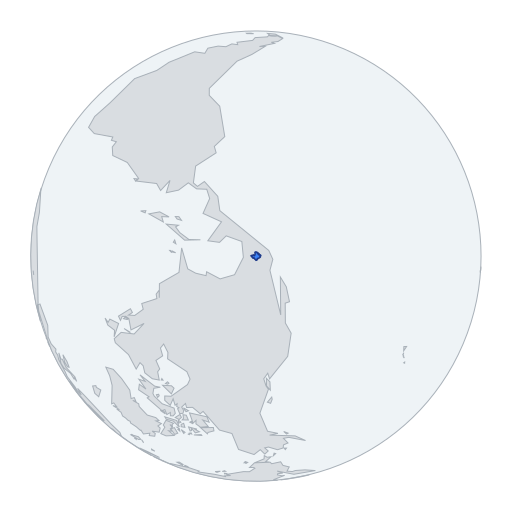 Guanajuato highlighted on a globe, orthographic projection, rotated 203°
{"feature_id": "MEX-2728", "entity_name": "Guanajuato", "entity_type": "State", "adm_level": 1, "iso_a3": "MEX", "parent_name": "Mexico", "parent_adm1": "", "projection": "orthographic", "projection_center": [-100.934, 20.889], "detail": "fine", "context": "on_globe", "style": "filled", "palette": "blue", "viewbox_px": 512, "rotation_deg": 203, "n_neighbors": 0, "source": "natural_earth", "source_scale": "10m", "svg_char_len": 10693}
<svg xmlns="http://www.w3.org/2000/svg" viewBox="0 0 512 512"><g transform="rotate(203 256 256)"><circle cx="256" cy="256" r="225" fill="#eef3f6" stroke="#a8b0b8"/><path d="M43.4,328.9L44.0,330.5L43.4,328.9ZM342.2,298.8L337.1,297.2L332.6,304.4L314.5,296.0L307.0,283.6L246.4,266.1L239.2,259.5L237.6,248.3L210.2,211.4L225.4,246.2L216.1,239.5L207.3,227.0L210.7,224.0L202.8,205.8L193.5,198.7L187.6,176.0L195.5,148.2L199.4,152.7L200.9,146.0L196.0,140.3L192.5,138.2L191.0,112.8L176.9,99.2L166.5,101.3L173.5,96.4L149.7,105.7L138.3,105.5L154.9,101.9L159.5,98.9L153.5,96.4L156.9,92.9L156.0,89.9L160.5,86.1L169.9,85.0L173.0,82.8L168.6,81.3L170.5,77.1L176.4,79.4L180.2,72.5L196.5,71.1L208.8,83.2L221.6,81.5L244.0,92.3L245.7,89.0L255.2,91.9L260.7,89.4L263.3,92.7L265.4,87.9L262.0,85.4L261.8,82.6L264.6,81.1L268.5,84.8L267.6,86.2L270.2,86.5L270.9,89.2L272.2,87.0L276.5,92.2L276.6,85.0L283.6,87.5L285.3,91.5L279.4,93.7L268.8,110.9L268.6,116.9L274.4,122.5L297.2,126.8L299.4,132.8L306.6,138.9L308.0,134.0L302.9,127.6L307.3,120.8L300.5,114.4L301.3,111.0L296.6,104.0L303.5,102.5L312.7,105.0L317.0,110.9L321.1,112.5L322.1,105.1L334.8,115.4L351.6,121.2L354.2,124.5L350.3,133.0L337.7,136.6L332.7,150.2L342.2,139.1L348.6,148.7L352.3,149.6L355.6,148.1L355.6,143.8L359.1,146.9L351.0,158.4L347.7,155.7L350.3,151.8L344.4,153.9L339.0,162.9L342.6,167.6L330.6,178.1L333.0,181.9L331.8,186.7L328.7,179.8L334.1,192.8L320.5,210.8L327.6,234.4L313.8,217.5L304.8,216.6L294.3,218.4L295.3,222.2L280.1,220.9L268.4,230.4L267.1,249.8L274.7,263.8L291.3,262.9L294.9,254.3L306.3,251.2L301.1,274.0L321.4,274.5L321.1,290.8L327.4,298.2L336.9,294.6L346.9,296.9L353.0,286.4L363.3,279.2L364.7,292.0L369.4,279.0L375.8,283.9L395.5,278.2L394.3,281.5L411.0,291.8L427.1,292.5L430.9,300.2L429.2,306.6L434.3,306.0L434.3,309.6L452.7,305.5L460.4,309.0L459.0,321.4L450.2,340.0L437.0,371.9L419.8,388.1L411.8,400.3L392.2,420.0L382.3,422.6L381.5,428.5L372.9,434.4L365.5,436.9L361.1,441.8L355.4,443.4L357.0,445.3L343.4,453.1L342.1,456.7L331.1,462.2L330.5,463.9L327.9,464.4L324.1,465.8L322.3,467.0L316.4,466.6L319.6,462.0L325.4,458.7L322.1,458.9L334.7,450.2L329.5,452.5L338.5,440.0L349.6,427.9L364.5,392.1L361.8,385.6L347.9,379.7L331.4,353.7L337.2,340.6L333.0,335.4L346.7,315.2L342.2,298.8ZM82.0,231.6L83.0,226.4L84.5,230.4L82.0,231.6ZM82.3,222.8L82.2,224.7L82.0,223.0L82.3,222.8ZM81.3,221.3L82.0,222.4L81.0,221.7L81.3,221.3ZM79.6,220.0L80.6,220.5L80.4,220.7L79.6,220.0ZM327.9,242.7L351.1,250.3L339.4,254.0L341.4,251.4L335.2,247.7L324.2,245.0L313.5,249.2L327.9,242.7ZM77.7,216.5L77.3,215.4L78.3,215.4L77.7,216.5ZM335.1,227.9L331.2,227.6L334.8,226.9L335.1,227.9ZM190.4,138.1L195.6,140.6L198.7,147.5L194.0,145.6L190.4,138.1ZM185.0,126.1L188.4,125.9L186.4,132.3L185.1,130.4L185.0,126.1ZM158.3,104.1L161.9,105.3L157.2,105.5L158.3,104.1ZM155.0,90.2L152.9,91.1L153.4,89.2L155.0,90.2ZM293.1,105.4L294.8,104.8L294.8,106.4L293.1,105.4ZM289.5,103.2L288.3,105.6L286.4,104.9L287.2,103.5L289.5,103.2ZM160.7,81.8L162.0,78.9L162.3,81.6L160.7,81.8ZM291.5,100.5L283.1,103.5L279.8,102.3L280.0,96.0L291.5,100.5ZM163.8,77.0L166.8,70.5L162.4,71.7L176.6,65.0L169.3,72.4L170.4,75.5L167.1,75.1L163.8,77.0ZM259.6,85.3L263.4,87.9L257.6,87.2L259.6,85.3ZM255.9,85.6L238.3,88.8L234.2,84.7L240.9,84.2L233.4,80.4L240.1,76.7L245.7,78.0L247.0,81.3L248.6,77.5L255.9,85.6ZM183.9,62.7L186.1,61.2L185.6,62.6L183.9,62.7ZM261.2,81.4L258.0,82.2L254.2,78.6L259.9,76.3L259.3,78.2L261.2,81.4ZM228.2,81.5L226.4,78.6L231.3,74.8L231.2,73.3L239.9,76.3L228.2,81.5ZM261.6,78.3L262.9,75.4L267.3,75.8L264.1,80.4L261.6,78.3ZM250.8,78.7L249.3,77.0L252.0,77.2L250.8,78.7ZM283.8,76.5L280.0,77.1L277.7,75.2L283.8,76.5ZM263.1,74.3L261.5,74.2L260.2,73.6L261.9,71.9L263.1,74.3ZM242.7,73.6L245.1,72.7L239.4,72.1L242.8,69.5L248.0,72.2L247.2,70.0L248.3,69.2L251.3,72.3L242.7,73.6ZM259.7,68.6L267.4,71.7L274.8,70.7L277.1,72.3L264.7,73.6L259.7,68.6ZM254.5,70.5L258.2,69.6L259.1,71.8L257.2,73.7L254.5,70.5ZM243.3,67.0L236.7,70.2L235.8,69.6L243.3,67.0ZM261.6,67.8L259.7,67.1L262.1,67.5L261.6,67.8ZM248.7,66.6L246.5,67.8L245.6,67.0L248.7,66.6ZM257.7,65.0L260.2,65.9L259.0,67.1L257.7,65.0ZM253.5,65.4L252.7,64.1L257.0,67.0L252.6,66.0L253.5,65.4ZM248.2,65.7L246.9,65.6L249.2,65.4L248.2,65.7ZM261.1,60.0L266.9,63.5L264.1,66.1L258.8,62.3L261.1,60.0ZM324.9,467.8L316.2,467.2L321.7,467.3L329.1,464.5L332.3,465.4L324.9,467.8ZM345.0,459.7L351.4,457.1L351.9,457.3L347.6,459.2L345.0,459.7ZM408.3,90.0L407.5,89.4L415.6,98.0L434.6,120.5L437.5,126.1L436.1,127.4L420.6,110.8L415.7,100.2L410.2,95.1L403.8,92.1L402.9,89.4L399.7,87.2L397.1,83.5L386.3,74.7L382.6,71.2L371.3,64.7L367.9,62.3L375.5,66.6L378.9,68.1L368.8,61.0L364.8,58.8L358.3,55.4L356.4,54.3L351.4,52.1L342.1,47.9L349.2,51.5L341.7,48.7L332.4,45.0L331.2,45.1L346.4,51.2L351.3,53.2L353.6,53.7L368.1,61.1L373.1,64.4L362.6,59.9L368.5,64.4L357.8,59.9L323.2,44.5L312.4,40.4L309.2,37.3L315.7,38.9L320.1,40.6L322.5,40.8L319.2,39.9L317.6,39.3L310.1,37.4L308.6,37.0L303.9,36.2L301.2,35.5L304.2,36.0L290.8,33.5L283.3,32.4L281.0,32.1L280.6,32.2L274.1,31.4L290.5,33.4L306.8,36.5L322.8,40.8L338.4,46.3L353.6,53.0L368.3,60.7L382.3,69.5L395.7,79.2L408.3,90.0ZM270.6,31.2L272.6,31.4L271.7,31.5L266.4,31.5L263.5,31.2L265.0,31.1L264.0,30.9L270.6,31.2ZM262.5,30.8L263.4,31.0L261.1,31.3L259.4,30.9L259.9,31.0L257.8,31.1L253.0,31.0L254.4,31.4L235.5,34.9L224.4,35.8L225.0,34.6L208.7,38.9L197.4,41.1L199.8,41.0L193.6,44.0L197.0,43.3L197.7,43.5L183.3,52.6L177.7,54.9L174.1,60.2L175.4,60.4L179.3,58.8L176.6,65.0L162.4,71.7L160.4,70.9L152.9,76.2L149.4,73.8L143.0,74.8L143.4,70.1L138.3,71.8L136.0,73.9L127.3,78.3L117.5,81.7L135.8,69.9L152.5,66.3L146.6,66.6L151.0,64.1L150.8,62.9L146.3,63.8L143.9,65.3L152.6,56.8L148.5,58.0L163.7,50.5L179.4,44.2L195.5,39.0L212.0,35.1L228.7,32.4L245.6,31.0L262.5,30.8ZM145.8,59.5L140.9,62.4L133.8,66.8L131.7,68.1L145.8,59.5ZM480.3,234.8L479.6,231.9L472.4,211.5L469.2,197.5L463.9,185.4L438.1,127.3L438.0,124.8L429.0,111.7L439.3,125.1L448.6,139.2L456.9,154.0L463.9,169.3L469.9,185.2L474.6,201.4L478.1,218.0L480.3,234.8ZM453.2,151.7L455.4,155.5L453.2,151.7ZM396.0,277.8L398.6,279.6L395.5,280.6L396.0,277.8ZM338.5,259.7L343.1,259.2L345.7,260.8L342.4,262.1L338.5,259.7ZM374.9,252.4L379.8,252.4L375.1,254.7L374.9,252.4ZM354.6,251.1L371.1,252.9L361.9,259.0L351.3,258.0L358.2,255.4L354.6,251.1ZM334.5,235.9L337.5,236.4L337.1,239.0L334.5,235.9ZM337.7,227.4L336.7,227.8L334.9,226.1L337.7,227.4ZM349.1,148.0L349.8,147.2L353.5,146.5L352.5,148.6L349.1,148.0ZM365.4,134.5L370.7,139.9L366.2,137.2L365.9,140.8L356.1,140.2L355.0,126.2L357.2,132.4L365.4,134.5ZM342.7,136.3L349.1,137.7L342.2,136.7L342.7,136.3ZM384.6,80.6L386.1,80.3L390.6,83.5L395.2,89.7L388.8,85.0L384.6,80.6ZM387.2,79.2L375.5,74.0L372.1,70.5L376.0,73.2L375.0,71.4L380.9,75.5L389.1,77.9L393.6,81.0L399.7,89.8L395.3,84.9L394.0,85.3L387.2,79.2ZM351.6,72.7L346.5,72.0L345.8,65.0L350.7,66.6L355.6,72.5L352.8,74.1L351.6,72.7ZM293.5,89.4L291.6,90.7L290.5,89.5L291.3,87.4L293.5,89.4ZM282.2,76.9L300.7,82.9L299.5,84.6L311.8,87.0L313.3,92.4L305.3,90.5L315.7,96.8L309.0,97.3L316.4,101.3L298.4,96.6L292.8,97.8L298.4,94.3L297.2,89.2L295.0,87.3L284.6,83.3L272.0,84.0L268.8,79.6L269.8,76.4L272.4,75.5L273.7,78.5L276.1,75.2L279.9,79.0L282.2,76.9ZM284.1,49.0L284.5,51.4L290.1,48.2L293.9,50.8L294.3,50.3L299.4,52.0L306.3,53.3L307.2,54.7L309.5,54.7L312.9,56.0L316.3,56.6L319.1,59.4L323.6,60.5L322.4,61.3L329.3,62.4L325.4,62.9L329.5,65.2L331.1,63.5L337.9,80.7L343.8,88.5L350.8,95.0L343.2,95.9L331.9,90.7L319.8,83.2L315.3,76.0L312.7,78.1L309.8,75.3L313.0,74.9L306.2,74.1L304.7,71.8L294.0,67.1L285.1,68.1L281.0,66.6L283.7,65.1L277.6,64.8L279.9,61.2L277.0,60.2L276.3,56.0L283.2,54.2L279.4,53.3L278.8,50.5L284.1,49.0ZM261.2,58.8L268.5,55.3L274.2,55.3L273.0,62.8L275.3,64.2L274.7,69.6L266.5,69.8L267.4,68.1L266.4,66.6L269.4,67.2L266.2,65.6L267.4,63.4L265.2,61.8L268.2,61.0L261.2,58.8ZM417.4,98.9L416.8,98.2L416.3,97.7L417.4,98.9ZM414.1,95.5L413.2,94.6L410.5,92.0L412.6,94.0L414.1,95.5ZM373.6,65.2L371.4,63.6L372.6,64.1L375.5,65.9L373.6,65.2ZM301.4,42.5L300.7,43.3L299.2,43.0L293.7,43.7L290.4,42.2L292.4,41.2L301.4,42.5ZM296.9,40.9L295.0,41.3L294.5,40.4L296.9,40.9ZM287.7,41.2L286.5,40.1L289.4,42.1L287.7,41.2ZM266.1,32.8L277.4,33.0L283.4,33.1L283.3,32.7L288.2,33.8L279.1,33.6L266.1,32.8ZM239.6,34.4L239.7,35.5L236.5,35.5L236.0,35.3L239.6,34.4ZM241.9,34.7L248.1,35.3L246.1,36.3L241.6,35.6L241.9,34.7ZM272.8,36.8L276.4,36.8L276.7,37.5L272.8,36.8ZM43.4,330.3L44.9,334.1L44.2,332.7L43.4,330.3ZM44.0,330.6L43.1,329.0L43.4,328.9L44.0,330.6ZM127.8,70.7L136.5,65.2L138.4,64.1L121.4,75.4L123.9,73.5L123.2,74.0L127.8,70.7ZM184.1,61.2L185.9,61.2L183.4,62.2L184.1,61.2ZM199.7,43.1L200.2,43.7L197.3,44.5L199.7,43.1ZM199.9,45.9L202.9,44.5L201.0,46.1L199.9,45.9ZM209.4,41.6L204.7,44.0L207.4,41.6L209.4,41.6Z" fill="#d9dde1" stroke="#a8b0b8" stroke-width="1"/><path d="M260.2,253.9L260.2,254.0L260.2,254.3L260.2,254.5L260.3,254.5L260.5,254.5L260.4,254.7L260.3,254.8L260.2,254.8L259.9,254.9L259.7,254.8L259.4,254.8L259.2,254.9L259.2,255.1L259.1,255.4L259.1,255.5L259.1,255.8L258.9,255.9L258.9,256.0L258.7,256.0L258.7,255.9L258.4,255.9L258.2,256.0L258.0,255.9L257.9,255.9L257.9,255.7L257.7,255.7L257.7,255.8L257.6,256.0L257.5,256.3L257.4,256.4L257.4,256.6L257.4,256.9L257.5,257.1L257.6,257.3L257.6,257.5L257.7,257.8L257.8,258.0L258.0,258.2L258.0,258.3L258.1,258.5L258.3,258.6L258.3,258.8L258.2,258.9L258.2,259.0L258.0,259.3L258.1,259.5L257.9,259.6L257.7,259.7L257.6,259.8L257.4,259.8L257.4,259.7L257.2,259.7L256.9,259.7L256.7,259.8L256.5,259.7L256.4,259.6L256.2,259.7L256.1,259.8L255.9,259.8L255.8,259.7L255.7,259.7L255.7,259.4L255.8,259.4L255.8,259.2L255.7,259.1L255.4,259.1L255.2,259.1L255.1,259.3L254.9,259.4L254.7,259.3L254.4,259.3L254.2,259.3L254.2,259.2L254.2,258.9L254.2,258.7L254.3,258.5L254.4,258.4L254.2,258.3L254.0,258.2L253.9,258.2L253.7,258.2L253.5,258.3L253.4,258.5L253.2,258.7L252.9,258.7L252.7,258.7L252.4,258.7L252.3,258.1L252.2,258.0L252.1,257.9L251.7,258.0L251.7,257.9L251.8,257.8L251.8,257.6L252.1,257.4L252.2,257.2L252.1,256.9L251.9,256.7L251.7,256.5L251.8,256.4L251.9,256.1L252.0,256.0L252.0,255.9L252.2,255.6L252.3,255.5L252.4,255.3L252.5,255.2L252.7,254.9L252.8,254.9L252.9,254.7L253.0,254.6L253.3,254.6L253.5,254.4L253.7,254.2L253.7,253.9L253.5,253.7L253.4,253.5L253.4,253.4L253.5,253.3L253.7,253.2L253.8,253.1L253.8,252.9L253.7,252.8L253.6,252.7L253.7,252.4L253.8,252.3L254.0,252.3L254.4,252.2L254.5,252.1L254.7,252.3L254.7,252.5L254.8,252.5L255.0,252.6L255.3,252.5L255.5,252.5L255.8,252.6L256.0,252.7L256.1,252.8L256.3,253.0L256.5,253.1L256.8,253.4L257.0,253.5L257.4,253.6L257.5,253.6L257.6,253.4L257.7,253.2L257.8,253.0L257.8,252.9L258.0,252.9L258.0,253.0L258.3,253.1L258.5,253.2L258.9,253.3L259.0,253.3L259.3,253.5L259.6,253.7L259.7,253.8L259.9,253.8L260.0,253.8L260.2,253.9Z" fill="#3b82f6" stroke="#1e3a8a" stroke-width="1.5"/></g></svg>